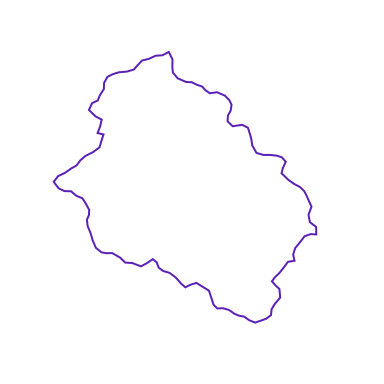 outline of Senador Amaral, Minas Gerais, Brazil, rotated 215°
{"feature_id": "56859067B51175740111103", "entity_name": "Senador Amaral", "entity_type": "district", "adm_level": 2, "iso_a3": "BRA", "parent_name": "Brazil", "parent_adm1": "Minas Gerais", "projection": "mercator", "projection_center": [-46.219, -22.558], "detail": "fine", "context": "isolated", "style": "outline", "palette": "violet", "viewbox_px": 384, "rotation_deg": 215, "n_neighbors": 0, "source": "geoboundaries", "source_scale": "gbopen_adm2", "svg_char_len": 1780}
<svg xmlns="http://www.w3.org/2000/svg" viewBox="0 0 384 384"><g transform="rotate(215 192 192)"><path d="M87.5,116.6L82.7,117.6L77.8,119.8L71.4,119.8L65.4,121.2L61.5,126.5L58.5,130.8L56.7,136.5L59.5,141.5L60.0,147.5L59.2,156.1L64.8,162.7L70.6,163.5L75.3,164.7L75.2,169.9L74.0,175.5L73.5,182.8L73.4,189.8L68.6,194.5L73.2,198.7L75.3,205.1L74.7,212.9L74.4,220.4L70.6,225.6L65.9,228.5L70.3,234.6L78.1,234.9L83.5,240.2L85.7,248.5L91.4,251.9L95.8,254.6L100.6,257.1L106.3,258.0L113.0,257.2L119.8,257.2L124.6,258.0L129.3,258.6L131.3,263.6L132.5,270.5L138.4,272.0L143.6,270.3L149.2,267.2L154.8,263.3L161.6,261.0L169.3,264.7L173.8,269.4L177.8,272.7L183.0,276.7L189.4,275.8L196.4,269.2L203.4,270.3L206.4,275.2L207.0,280.8L209.7,286.2L214.1,288.6L220.3,289.8L228.7,288.1L234.0,283.1L239.4,283.1L244.2,284.2L249.4,282.7L255.3,281.7L259.9,278.8L268.9,276.9L276.2,278.9L279.8,283.1L283.9,289.3L291.3,293.4L294.7,287.0L300.0,282.7L303.7,276.3L308.3,271.1L309.3,264.4L309.8,259.1L314.2,253.5L320.7,248.0L324.5,243.0L327.3,237.9L326.6,230.9L323.2,225.7L323.0,218.5L321.7,212.9L324.8,207.5L323.5,200.1L314.4,198.6L307.5,199.5L304.9,193.1L303.1,186.1L297.5,188.4L295.7,182.5L293.4,175.6L295.9,168.0L299.8,160.8L301.6,154.1L301.8,147.4L304.4,142.1L307.0,134.9L310.8,128.2L311.1,121.0L303.4,118.5L297.0,119.6L291.5,123.2L284.4,122.6L278.2,124.0L271.9,121.4L266.0,118.4L263.2,114.1L262.2,109.0L257.9,104.2L251.7,100.3L245.5,95.3L238.8,91.2L231.6,90.6L227.0,92.8L222.3,96.2L213.1,97.0L206.2,95.9L200.3,99.5L191.2,101.8L188.1,107.9L185.6,114.5L180.6,114.1L175.8,110.9L170.4,110.7L164.0,112.9L156.0,112.6L148.5,110.7L142.8,110.1L140.3,114.8L136.2,120.1L128.5,120.5L121.5,120.9L114.9,116.0L109.7,112.0L104.5,111.1L99.9,114.6L94.0,116.6L87.5,116.6Z" fill="none" stroke="#5b21b6" stroke-width="2"/></g></svg>